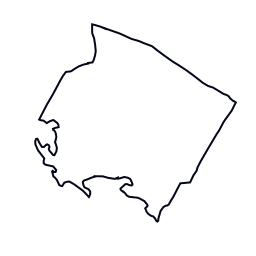 Glaro, River Gee, Liberia (Natural Earth projection), rotated 119°
{"feature_id": "62588387B27164468507335", "entity_name": "Glaro", "entity_type": "district", "adm_level": 2, "iso_a3": "LBR", "parent_name": "Liberia", "parent_adm1": "River Gee", "projection": "natural_earth1", "projection_center": [-7.495, 5.389], "detail": "fine", "context": "isolated", "style": "outline", "palette": "ink", "viewbox_px": 256, "rotation_deg": 119, "n_neighbors": 0, "source": "geoboundaries", "source_scale": "gbopen_adm2", "svg_char_len": 2438}
<svg xmlns="http://www.w3.org/2000/svg" viewBox="0 0 256 256"><g transform="rotate(119 128 128)"><path d="M163.7,209.8L163.6,208.4L162.5,205.5L163.1,201.4L159.9,199.6L157.2,197.2L157.9,192.3L159.0,190.4L160.9,189.1L163.2,191.7L165.1,193.2L166.0,192.4L165.9,191.7L166.3,190.4L167.7,188.6L170.3,186.5L172.4,185.7L173.8,185.5L174.2,185.2L175.6,185.1L177.2,183.2L179.8,180.6L183.2,179.3L187.5,179.2L187.9,180.5L187.4,181.7L185.9,185.8L184.6,187.2L182.8,187.4L181.5,188.7L181.5,190.8L182.4,191.4L185.3,192.3L186.3,194.2L183.7,198.7L181.6,201.5L181.4,202.2L182.2,203.1L184.9,202.6L187.4,200.8L191.2,195.8L195.2,186.5L197.9,185.7L199.8,184.5L200.1,182.4L199.3,179.6L197.9,174.8L199.6,170.4L201.5,170.0L202.3,171.2L202.0,173.1L202.9,173.3L205.1,171.0L206.6,169.7L206.7,168.2L207.7,165.4L209.4,162.9L211.2,160.5L211.2,159.0L210.7,157.4L206.7,157.2L204.9,155.6L203.3,153.5L203.3,149.3L203.5,146.5L204.7,137.0L207.3,128.7L204.3,128.9L201.8,130.4L200.7,132.9L201.0,137.3L199.3,139.6L197.0,141.4L195.0,140.9L193.1,139.0L189.6,136.2L187.3,134.2L186.9,133.6L186.4,133.9L185.0,131.3L182.5,126.6L181.2,121.1L178.9,114.9L176.4,112.9L177.4,112.6L176.8,111.6L172.6,107.4L171.6,104.1L171.5,101.4L173.0,99.1L174.5,97.3L174.7,97.1L175.5,96.6L176.6,97.1L177.3,99.2L177.5,101.5L178.4,103.1L184.6,105.2L185.5,104.5L186.0,102.9L185.7,102.0L186.3,101.0L186.0,100.6L186.6,98.5L187.6,96.4L187.6,93.7L184.2,85.5L184.0,83.0L184.0,78.3L185.6,74.3L186.4,73.2L187.3,73.2L189.9,74.0L192.3,71.0L193.3,68.6L193.6,65.1L193.1,63.1L194.1,60.3L195.3,58.7L195.6,57.0L195.3,56.9L194.4,56.6L192.6,57.5L189.0,58.3L184.8,59.3L180.1,58.7L178.0,57.6L176.7,56.1L175.2,55.2L173.1,55.3L165.6,55.0L157.4,55.3L151.0,55.4L145.5,47.3L137.8,47.8L132.2,47.3L128.6,48.1L121.9,48.3L107.4,48.0L90.0,47.5L86.3,47.1L76.6,47.3L74.2,47.1L62.4,45.7L56.0,46.0L54.9,46.0L53.4,46.1L53.2,47.9L53.3,49.6L53.2,49.9L52.6,52.9L51.4,55.5L51.3,57.8L51.9,60.9L51.7,64.8L51.5,70.5L51.4,73.1L52.4,78.4L52.2,84.6L51.3,89.9L50.1,97.9L49.2,105.2L48.5,114.8L48.2,121.5L47.0,132.0L46.0,139.5L44.8,146.8L46.2,155.8L46.6,160.4L48.4,168.3L49.0,176.4L49.4,181.2L51.2,191.6L52.1,197.2L52.3,196.9L52.7,201.0L54.0,207.1L54.7,209.6L58.6,207.5L62.5,205.2L65.9,201.2L71.3,197.0L76.4,193.5L80.8,191.9L85.5,190.9L87.9,190.9L90.5,194.5L91.0,194.1L94.3,197.9L96.8,199.9L98.4,201.2L101.7,203.1L106.0,205.3L109.1,209.5L114.3,210.2L120.4,210.2L135.5,210.0L146.6,210.3L163.7,209.8Z" fill="none" stroke="#020617" stroke-width="2"/></g></svg>